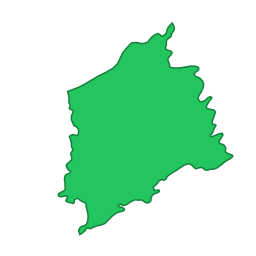 the district of Drahichyn, Brest, Belarus, rotated 159°
{"feature_id": "67162791B13228782215285", "entity_name": "Drahichyn", "entity_type": "district", "adm_level": 2, "iso_a3": "BLR", "parent_name": "Belarus", "parent_adm1": "Brest", "projection": "robinson", "projection_center": [25.082, 52.14], "detail": "fine", "context": "isolated", "style": "filled", "palette": "green", "viewbox_px": 256, "rotation_deg": 159, "n_neighbors": 0, "source": "geoboundaries", "source_scale": "gbopen_adm2", "svg_char_len": 5049}
<svg xmlns="http://www.w3.org/2000/svg" viewBox="0 0 256 256"><g transform="rotate(159 128 128)"><path d="M62.0,58.9L61.0,58.8L59.1,58.9L57.3,59.3L56.1,59.9L54.4,60.1L53.3,60.5L50.5,61.4L48.8,62.0L45.7,62.4L43.0,62.9L41.2,63.4L40.2,64.3L40.4,65.0L40.6,65.5L41.7,66.4L43.0,67.6L43.9,68.5L44.9,69.7L45.5,70.7L45.3,71.8L44.6,72.8L44.0,74.0L44.1,76.1L44.4,77.4L45.4,78.7L46.4,79.5L47.8,80.5L48.3,81.2L48.1,82.0L47.4,83.0L46.5,83.9L44.3,85.5L43.0,86.6L41.9,87.5L41.8,88.8L42.2,89.5L45.4,90.0L47.5,89.9L50.3,89.7L51.5,89.8L53.2,90.0L53.9,90.8L53.4,91.8L52.2,92.5L50.7,93.3L49.7,94.4L48.7,95.6L47.0,97.3L46.1,98.0L45.0,98.8L45.0,99.6L45.7,100.0L46.6,100.5L47.8,101.6L47.5,103.0L46.9,103.9L46.0,105.1L44.2,107.1L43.2,108.6L41.8,110.0L40.9,111.2L40.8,112.6L41.2,113.8L42.8,114.9L44.3,115.9L45.9,116.8L47.2,117.8L47.5,119.2L46.1,121.3L44.2,122.6L42.4,124.1L40.9,124.8L39.4,125.6L38.9,126.7L40.3,127.8L42.8,127.5L44.3,126.8L46.3,126.1L48.8,126.1L50.7,126.3L51.7,127.2L51.7,128.5L52.1,130.0L51.8,130.9L50.6,132.4L47.8,134.6L45.0,137.0L42.6,139.9L41.6,142.2L41.5,144.9L42.1,146.4L42.6,148.1L43.6,149.4L44.3,150.2L45.6,151.2L46.8,152.4L47.1,153.7L46.5,154.9L45.2,155.8L42.9,156.4L41.5,156.9L40.8,157.6L40.5,159.1L41.5,160.5L44.2,162.1L46.9,163.3L50.9,164.0L54.9,164.8L59.6,166.0L63.3,167.4L65.8,168.7L67.1,170.1L66.9,171.0L66.4,173.3L66.4,177.2L65.5,179.0L63.5,179.9L62.3,180.5L60.4,181.7L59.8,183.0L60.6,184.6L62.6,186.1L64.3,187.8L64.4,189.3L63.4,190.7L62.1,192.2L61.8,193.7L60.9,195.4L60.1,196.4L58.0,197.1L55.8,197.7L54.7,198.5L53.6,200.2L51.4,201.8L50.2,202.5L49.0,204.3L48.8,206.1L48.8,208.2L49.2,210.2L50.7,209.5L54.6,207.4L56.2,205.7L58.6,202.5L62.7,201.3L63.8,202.1L65.1,204.3L66.7,205.7L70.2,205.2L73.4,204.3L76.5,202.6L78.5,201.1L81.6,201.1L85.1,201.9L88.1,204.0L89.9,205.0L94.2,206.2L98.8,204.0L103.2,201.8L106.7,199.5L110.2,196.0L114.8,191.7L121.0,189.1L128.4,187.9L136.5,187.2L145.7,185.7L154.4,184.2L158.6,183.7L167.6,183.7L171.3,183.8L171.6,181.0L171.9,178.6L172.5,176.5L173.2,175.0L174.0,172.8L174.0,171.3L173.8,169.9L174.3,168.7L175.6,167.9L175.6,166.4L174.1,165.2L173.3,164.2L173.2,163.3L174.2,161.8L175.4,160.7L176.2,159.8L176.9,158.6L177.7,156.7L177.9,154.4L177.7,151.9L177.6,149.7L177.2,149.0L176.2,148.1L175.3,146.6L175.0,145.2L174.9,143.4L175.4,142.1L176.1,141.2L176.7,140.0L177.6,139.3L178.3,139.2L179.2,139.7L180.2,140.6L182.2,141.7L183.8,141.7L185.8,141.1L185.8,140.3L185.8,137.8L186.2,135.5L186.2,133.6L187.0,132.5L187.4,130.7L187.4,129.6L187.2,128.0L187.6,127.0L188.8,126.1L190.2,125.2L190.7,124.6L190.9,122.9L190.9,122.0L191.1,120.3L191.6,119.4L192.2,118.5L193.7,117.8L196.1,116.8L197.4,116.4L198.4,115.8L199.0,115.1L199.3,114.5L199.3,113.0L199.0,111.8L198.6,110.0L198.0,109.2L197.1,108.5L197.6,107.2L198.8,106.8L200.2,106.7L201.6,106.8L203.5,106.3L204.4,105.3L206.0,102.3L206.1,101.2L206.1,99.9L206.9,98.2L207.7,96.0L208.3,94.0L208.9,93.0L210.6,92.3L212.4,92.1L214.0,92.0L216.3,91.6L217.0,90.4L217.1,89.4L216.5,88.7L215.4,88.0L214.4,87.6L213.4,87.4L211.6,87.1L210.0,86.7L209.3,86.2L209.3,85.3L209.5,84.6L210.5,84.0L211.1,83.3L211.9,82.8L212.0,81.5L210.4,80.2L209.3,79.4L208.0,78.5L206.3,77.3L205.8,77.2L205.1,77.7L204.7,78.2L204.5,78.8L204.1,79.5L203.4,80.1L202.7,80.3L201.5,80.5L200.2,80.3L199.6,79.7L199.0,78.4L198.1,77.1L197.2,76.0L196.3,75.1L195.5,74.1L194.8,73.4L194.5,72.2L194.8,71.1L195.2,70.1L195.3,69.1L195.6,66.7L195.8,64.8L196.3,62.2L196.8,60.2L197.4,58.9L198.5,56.3L200.0,54.5L201.3,53.0L202.5,52.6L204.8,52.6L206.4,52.7L208.4,52.2L209.4,51.4L210.7,50.2L210.9,49.0L210.9,47.9L211.2,45.8L210.0,46.0L207.9,46.4L206.8,46.9L204.8,47.5L203.6,48.5L202.8,49.4L202.2,49.4L201.5,48.9L200.1,48.0L199.0,47.5L197.8,47.7L196.9,47.7L196.0,47.7L194.4,47.7L193.1,47.7L191.6,47.8L190.5,47.6L189.5,47.3L188.1,47.1L185.8,47.1L183.7,47.1L182.6,47.7L180.5,48.7L178.6,49.5L176.7,50.3L174.6,51.3L172.9,51.8L170.9,52.4L169.0,52.9L166.6,52.8L165.2,52.5L163.8,52.4L162.7,52.4L161.5,52.5L160.8,52.6L160.5,53.4L160.7,54.4L161.6,55.5L162.9,56.6L163.6,57.1L164.9,58.3L164.7,59.1L164.0,59.6L163.2,59.7L162.3,59.4L161.4,58.3L160.1,57.4L157.6,56.9L156.0,57.1L153.6,57.7L152.4,58.0L150.8,58.3L148.1,58.4L146.8,58.3L145.6,57.7L144.7,57.1L143.8,56.8L142.6,56.5L141.4,56.0L140.5,55.0L139.6,54.1L139.0,52.9L138.3,52.1L136.8,51.0L135.2,50.9L134.0,51.1L133.0,51.7L132.5,52.2L132.0,53.3L131.5,54.5L130.9,55.2L130.0,55.9L129.1,56.5L127.8,57.0L125.9,57.0L123.6,57.0L122.6,57.2L121.4,57.7L121.2,58.6L121.8,59.2L123.5,59.7L124.6,59.8L125.4,60.1L125.6,60.6L125.7,61.8L125.8,62.8L125.7,63.4L125.0,64.1L124.0,64.4L122.6,64.8L121.7,65.2L120.7,65.7L119.8,66.4L118.3,67.3L116.4,67.9L115.4,67.9L114.8,67.8L114.1,67.1L113.6,66.5L112.8,66.3L111.2,66.6L110.3,67.1L109.1,68.5L107.4,69.1L106.2,69.5L105.0,69.8L103.5,70.1L102.2,70.4L100.8,70.8L99.0,70.8L97.6,71.1L96.0,71.6L94.1,72.1L92.0,72.5L89.1,73.2L87.3,73.1L85.2,73.0L83.8,72.6L82.7,71.8L81.9,70.7L81.0,69.1L80.7,67.6L79.7,66.4L79.2,65.5L77.4,65.5L75.0,65.3L73.3,64.6L72.3,63.6L71.8,62.3L71.2,61.4L69.7,60.3L68.7,60.1L67.6,60.1L66.1,59.9L63.4,59.1L62.0,58.9Z" fill="#22c55e" stroke="#15803d" stroke-width="1.5"/></g></svg>